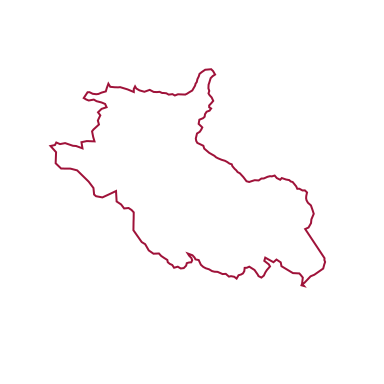 Iguaracy, Pernambuco, Brazil (Albers equal-area conic projection), rotated 53°
{"feature_id": "56859067B60257511130635", "entity_name": "Iguaracy", "entity_type": "district", "adm_level": 2, "iso_a3": "BRA", "parent_name": "Brazil", "parent_adm1": "Pernambuco", "projection": "albers", "projection_center": [-37.408, -7.849], "detail": "fine", "context": "isolated", "style": "outline", "palette": "rose", "viewbox_px": 384, "rotation_deg": 53, "n_neighbors": 0, "source": "geoboundaries", "source_scale": "gbopen_adm2", "svg_char_len": 3180}
<svg xmlns="http://www.w3.org/2000/svg" viewBox="0 0 384 384"><g transform="rotate(53 192 192)"><path d="M331.4,159.2L332.2,157.0L330.7,148.0L331.7,144.1L332.1,133.3L329.5,130.0L328.0,127.8L326.0,127.2L324.6,126.0L289.7,123.9L290.5,120.3L288.5,115.7L285.7,113.1L282.7,107.9L279.0,106.6L274.3,105.1L270.3,105.9L267.5,105.5L265.6,104.6L263.9,103.1L261.6,100.4L258.6,100.9L257.3,102.8L254.0,104.3L252.8,106.0L250.2,105.4L244.6,105.6L243.0,106.8L241.0,107.2L238.6,109.4L234.9,111.9L235.3,114.2L231.9,115.9L228.6,116.1L227.6,118.8L226.3,120.2L225.3,122.6L224.9,124.4L224.4,126.5L223.0,128.5L222.9,131.8L220.3,134.8L219.3,137.6L218.4,140.3L216.2,142.0L211.1,142.0L205.9,142.5L203.5,143.6L201.2,143.6L199.3,144.0L195.7,144.2L193.8,143.6L191.8,145.0L189.3,145.8L186.9,146.9L184.2,148.9L181.0,150.8L178.8,151.9L176.7,152.3L171.1,154.7L164.7,156.1L161.9,155.1L156.0,158.2L153.8,157.9L151.6,156.8L148.3,152.8L148.6,149.6L147.7,147.0L146.6,144.9L141.6,145.7L138.7,142.6L139.7,138.8L139.5,136.6L137.7,134.8L136.7,132.0L137.6,129.0L136.8,126.5L134.7,127.3L133.2,126.2L132.6,122.7L132.0,120.2L128.3,119.4L125.3,119.7L123.2,119.5L121.7,117.4L119.1,116.5L116.3,114.2L115.0,112.3L112.3,108.6L111.9,105.8L112.1,102.9L108.2,102.4L105.5,102.8L102.3,107.9L102.1,112.1L102.2,114.9L103.8,117.1L105.1,119.7L107.1,122.1L107.6,123.9L108.9,125.5L111.1,130.7L110.7,134.2L110.5,136.9L110.1,138.8L105.5,144.4L104.6,147.6L102.1,148.7L100.2,152.0L97.7,153.1L96.1,154.8L94.9,156.3L92.5,157.6L91.1,159.9L89.0,162.4L85.0,164.3L83.3,169.7L79.2,172.8L75.8,174.2L73.4,173.9L74.7,176.5L77.1,178.3L71.3,181.7L65.0,186.3L64.1,187.8L62.0,190.5L58.8,194.0L55.2,193.6L57.7,197.5L59.8,200.3L58.2,204.4L57.4,207.7L56.3,209.6L53.8,212.2L50.6,213.8L49.5,215.4L51.8,221.9L54.5,220.8L56.8,219.4L59.1,214.8L62.0,213.6L66.0,210.4L69.4,208.4L72.9,209.2L71.2,214.2L71.8,219.1L75.6,219.1L77.3,222.4L78.3,224.2L82.1,225.7L82.8,233.1L83.4,235.3L88.6,237.8L92.9,239.4L88.0,245.4L85.7,250.3L91.2,253.2L85.5,256.9L83.4,259.3L76.6,263.9L74.3,268.6L70.8,270.6L72.0,273.2L70.1,277.3L78.4,276.6L87.0,283.6L94.5,282.4L100.2,275.0L105.6,270.7L121.5,268.3L129.5,268.3L135.1,271.7L137.6,271.2L142.4,266.8L143.8,260.4L145.5,252.1L154.2,257.9L159.3,256.1L164.3,256.1L166.6,252.3L170.0,251.1L173.2,250.8L178.0,254.5L180.6,256.6L187.3,261.8L201.7,262.3L205.5,260.8L212.6,261.7L218.1,259.9L221.2,255.4L224.5,255.1L228.3,253.8L231.4,252.6L233.5,253.6L236.0,253.0L238.4,251.7L241.7,251.9L243.1,248.3L246.3,247.0L247.8,244.4L247.3,241.0L245.7,239.0L246.4,237.0L247.7,234.9L246.7,233.0L244.4,232.2L241.2,232.6L238.6,232.4L242.8,229.7L245.9,229.4L247.9,229.8L250.4,227.6L255.4,228.7L258.6,228.1L261.2,226.9L264.0,224.9L267.2,223.6L269.2,222.0L271.2,219.6L275.9,217.0L277.7,214.3L281.8,213.4L282.7,211.5L285.1,209.3L288.0,208.5L286.5,204.9L287.4,202.5L287.7,200.3L286.7,197.9L284.3,195.6L285.5,193.8L286.1,191.2L291.9,189.0L297.5,189.2L299.2,189.5L302.1,188.1L302.0,184.9L300.4,181.9L299.4,179.2L298.4,174.5L296.0,174.2L290.5,175.7L288.5,173.0L297.1,169.2L296.8,165.2L301.6,163.5L305.1,165.2L317.5,160.2L321.6,155.3L323.7,155.1L327.0,155.0L331.4,159.2ZM334.5,159.1L331.4,159.2L332.4,160.7L334.5,159.1Z" fill="none" stroke="#9f1239" stroke-width="2"/></g></svg>